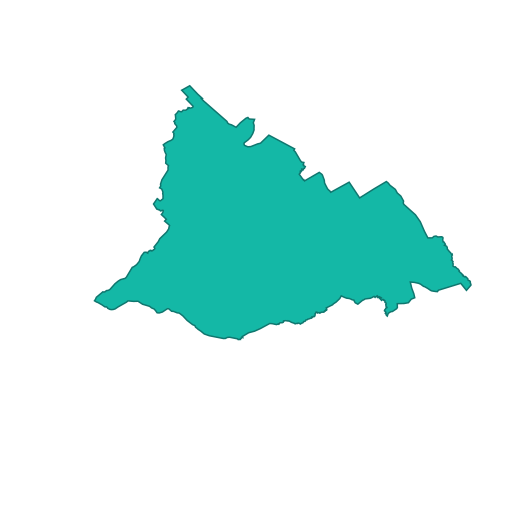 outline of Sacadat, Bihor, Romania, rotated 316°
{"feature_id": "2599482B67859115475061", "entity_name": "Sacadat", "entity_type": "district", "adm_level": 2, "iso_a3": "ROU", "parent_name": "Romania", "parent_adm1": "Bihor", "projection": "mercator", "projection_center": [22.149, 47.043], "detail": "fine", "context": "isolated", "style": "filled", "palette": "teal", "viewbox_px": 512, "rotation_deg": 316, "n_neighbors": 0, "source": "geoboundaries", "source_scale": "gbopen_adm2", "svg_char_len": 6148}
<svg xmlns="http://www.w3.org/2000/svg" viewBox="0 0 512 512"><g transform="rotate(316 256 256)"><path d="M392.0,407.9L392.3,405.7L391.9,404.4L391.9,402.3L391.1,401.7L390.7,400.0L392.4,398.6L392.6,397.6L393.9,396.8L393.8,396.2L394.0,395.4L393.8,394.7L395.0,394.4L395.9,393.4L396.0,392.9L396.6,392.2L397.5,391.6L397.9,391.7L398.3,391.1L397.7,391.1L398.3,388.6L398.1,387.1L398.4,385.8L398.3,384.2L399.6,382.5L399.9,381.3L399.0,379.2L400.4,379.1L400.9,376.3L400.4,375.8L401.6,374.0L403.1,372.9L403.3,372.0L402.8,371.0L400.0,368.6L399.4,366.7L397.6,365.5L395.4,365.4L392.2,362.4L394.3,355.3L398.0,345.4L399.3,337.1L398.2,321.6L398.7,320.2L400.3,319.0L401.8,313.5L401.4,308.8L402.5,304.9L401.5,298.1L401.8,295.4L401.5,293.0L387.6,289.7L370.9,286.2L374.3,267.6L354.0,262.1L354.3,260.7L354.1,259.0L354.1,257.5L355.4,253.1L356.1,251.0L357.8,248.9L360.0,243.9L360.1,242.8L359.6,239.8L343.1,235.7L343.4,234.3L342.9,234.2L343.9,227.2L344.6,227.0L345.4,227.1L345.9,226.6L346.5,226.7L346.7,225.8L346.9,225.7L347.5,225.9L347.3,226.6L348.5,226.5L349.3,225.2L349.5,225.3L349.5,226.4L349.8,226.8L351.1,226.2L351.7,226.6L353.6,225.9L353.0,224.1L353.5,223.8L353.3,223.1L355.4,222.0L354.0,220.0L354.3,217.8L356.6,208.4L356.6,206.2L358.2,205.8L349.2,178.0L337.6,178.0L335.1,176.5L328.3,173.7L326.0,171.8L324.6,168.5L325.0,167.3L325.5,166.8L326.2,166.4L331.1,167.0L334.5,166.9L338.7,165.7L342.3,163.9L342.5,163.5L345.4,160.7L346.6,158.3L349.9,156.7L346.3,152.8L346.4,150.7L344.4,149.9L337.1,149.3L331.1,149.6L329.5,144.6L328.3,142.5L328.0,140.6L328.6,139.0L326.0,108.0L326.1,104.9L326.9,105.3L326.5,99.0L326.6,87.5L317.7,85.1L317.6,94.6L314.8,94.7L314.8,104.5L314.3,105.0L313.3,105.0L311.2,103.9L311.2,103.1L310.5,102.7L310.3,102.1L309.5,102.3L309.4,102.8L306.7,102.3L304.9,100.5L302.8,100.6L302.0,99.8L301.2,98.0L300.8,97.8L299.0,98.2L296.0,98.3L295.8,98.8L293.6,101.5L292.7,102.0L290.4,102.2L290.3,103.8L289.5,104.3L289.3,107.3L288.4,108.5L282.3,109.1L282.1,110.9L280.9,111.8L280.6,112.5L278.6,113.6L277.4,114.1L275.5,113.9L272.1,112.6L268.5,111.8L266.5,111.6L265.6,115.0L264.8,114.8L263.5,116.4L262.5,118.7L261.9,120.7L259.1,122.6L257.4,124.9L255.5,126.5L255.8,130.2L254.5,130.9L252.4,133.1L241.3,135.8L237.2,138.0L236.1,139.5L234.0,140.0L234.7,142.3L233.6,145.0L232.9,145.9L232.3,146.2L231.4,147.6L228.9,150.2L225.7,149.9L225.2,149.5L225.0,148.6L225.0,147.0L224.8,146.1L218.4,147.4L217.2,153.4L217.8,154.1L217.8,154.8L218.0,155.1L218.6,155.6L218.6,157.3L219.1,157.6L220.1,157.9L220.8,158.5L220.8,159.0L219.0,160.1L216.7,160.4L217.0,167.3L214.5,167.4L215.0,172.6L215.0,174.1L213.8,174.6L212.1,175.8L208.3,176.7L198.8,176.7L195.6,177.8L188.8,178.7L188.7,179.9L188.2,180.5L187.0,180.5L186.7,180.3L185.8,180.4L185.3,180.2L185.0,179.8L184.7,180.0L184.2,179.6L183.9,178.4L182.6,178.4L182.4,178.1L180.7,178.2L180.1,178.7L179.6,176.9L178.1,175.7L173.7,176.3L171.2,177.3L168.2,178.8L164.1,179.3L160.6,178.8L159.1,178.2L148.0,181.2L146.4,181.2L142.2,178.9L139.2,178.3L135.3,178.0L127.6,178.6L125.9,178.1L124.4,177.0L122.5,176.8L121.5,176.3L121.0,175.4L112.5,174.8L110.3,175.7L108.7,176.0L109.3,178.3L110.0,179.7L111.3,184.2L111.9,187.3L112.1,187.9L113.0,188.4L113.3,189.9L113.0,190.5L113.7,192.7L114.6,194.0L116.0,195.2L117.9,196.2L121.4,196.8L130.7,199.2L132.8,199.4L136.4,203.6L139.7,206.6L140.9,211.9L144.4,218.1L144.6,218.9L144.8,220.8L145.9,223.3L145.8,225.6L145.4,228.1L145.7,228.5L146.9,229.8L149.8,231.3L154.8,232.2L155.8,232.5L156.3,233.0L156.6,233.6L156.9,237.1L158.2,238.6L159.8,242.1L160.9,243.4L161.3,244.7L161.8,248.2L161.7,254.5L162.7,261.3L163.6,263.4L163.6,264.0L163.1,265.0L163.1,265.7L163.3,266.5L163.4,268.5L164.1,271.6L164.6,276.1L167.0,280.9L175.3,292.8L176.8,294.1L178.7,294.6L180.5,296.0L185.2,302.8L185.1,303.7L186.7,305.1L186.9,304.7L188.0,305.0L188.3,304.7L189.0,305.1L189.9,304.4L190.3,304.6L190.3,304.9L190.6,304.5L197.4,306.1L202.8,309.1L208.6,311.2L219.0,314.1L220.7,316.0L223.1,319.6L224.3,320.1L224.5,320.5L225.0,320.4L225.2,320.9L225.6,321.0L225.9,320.7L227.0,320.8L228.5,322.2L229.5,322.6L230.0,322.3L230.4,322.4L230.7,321.9L231.1,322.0L232.4,323.1L233.7,324.8L234.0,324.8L234.2,325.4L234.6,325.6L234.7,326.2L235.1,327.0L235.3,328.1L236.8,331.0L237.0,332.0L238.2,332.5L238.8,333.3L239.6,333.4L240.3,334.3L240.3,334.8L240.6,335.1L240.8,335.9L241.8,335.9L243.3,336.6L244.9,336.3L245.7,337.0L246.8,337.0L247.2,336.7L247.8,336.8L248.5,337.4L249.3,337.4L251.3,338.5L252.0,338.5L252.6,339.2L253.2,339.3L253.8,338.7L254.3,339.4L254.9,339.2L255.6,339.5L255.7,340.0L256.5,340.1L257.7,339.4L258.3,338.6L259.6,338.6L260.1,338.1L260.8,338.6L260.9,339.0L260.8,339.9L261.4,340.0L262.0,340.6L262.1,341.3L262.4,341.4L262.8,341.3L262.9,341.7L263.9,341.8L265.9,343.6L267.1,343.1L267.7,343.8L268.6,343.2L269.1,344.0L270.0,343.5L270.5,342.1L277.2,344.3L278.5,344.2L281.6,344.8L286.7,344.8L289.6,343.9L290.9,347.2L291.9,349.3L293.6,351.4L294.3,352.9L294.7,354.2L295.8,355.8L295.2,357.1L294.9,358.7L295.8,361.4L302.1,361.9L302.7,362.3L304.7,362.7L308.7,365.7L310.1,366.3L312.9,367.1L312.9,368.5L313.7,368.4L314.1,368.7L315.6,368.8L315.6,369.4L314.8,369.8L314.8,370.7L316.4,370.9L316.5,371.2L315.7,372.1L316.3,372.1L317.0,372.4L317.1,373.1L316.5,373.1L315.5,373.8L315.5,375.2L317.2,375.4L317.4,376.0L317.1,376.6L317.2,377.0L317.7,377.2L317.7,377.6L316.6,379.0L317.0,379.5L316.4,380.9L315.8,380.9L315.4,381.6L315.0,381.9L314.5,382.7L314.6,383.9L314.2,384.1L313.5,383.7L313.1,383.7L312.4,384.1L311.6,384.1L310.6,384.4L310.3,384.7L310.5,385.9L310.4,386.7L309.2,387.0L309.2,387.4L309.5,387.9L308.8,388.6L308.6,389.4L308.7,390.4L311.3,389.1L314.2,389.7L315.6,390.7L320.5,391.6L321.9,391.3L324.5,388.4L329.5,393.0L333.2,395.5L337.7,394.9L341.2,396.3L343.3,392.8L345.7,387.3L348.9,381.9L351.5,384.9L354.2,388.9L354.2,389.3L354.8,390.4L355.4,394.2L356.0,395.2L357.0,398.6L357.7,402.0L358.2,403.2L360.6,406.4L361.8,407.7L363.4,407.3L384.3,417.9L383.5,426.9L390.3,426.3L390.9,425.7L391.5,424.1L392.1,423.7L392.5,422.9L392.3,421.8L392.1,421.7L391.8,420.6L392.6,419.4L392.5,416.4L391.7,416.2L391.2,414.7L391.6,414.5L391.5,414.0L391.1,413.8L391.2,413.3L391.7,413.1L391.5,412.5L391.7,412.0L391.4,408.2L392.0,407.9Z" fill="#14b8a6" stroke="#0f766e" stroke-width="1.5"/></g></svg>